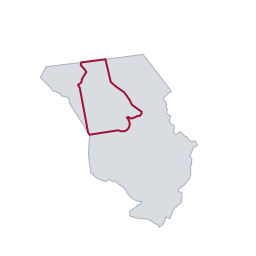 location of Borkou within Chad, rotated 323°
{"feature_id": "TCD-5577", "entity_name": "Borkou", "entity_type": "Préfecture", "adm_level": 1, "iso_a3": "TCD", "parent_name": "Chad", "parent_adm1": "", "projection": "robinson", "projection_center": [18.999, 18.69], "detail": "fine", "context": "in_parent", "style": "outline", "palette": "rose", "viewbox_px": 256, "rotation_deg": 323, "n_neighbors": 0, "source": "natural_earth", "source_scale": "10m", "svg_char_len": 4635}
<svg xmlns="http://www.w3.org/2000/svg" viewBox="0 0 256 256"><g transform="rotate(323 128 128)"><path d="M184.4,78.3L184.4,83.8L184.4,89.3L184.5,94.8L184.5,100.3L184.6,105.8L184.6,111.3L184.6,116.7L184.7,122.2L184.7,124.1L184.6,124.8L184.3,125.0L181.7,124.5L180.6,124.5L179.1,124.9L176.8,125.1L175.3,125.0L174.2,126.0L173.4,127.1L173.8,129.8L173.7,130.7L173.4,131.7L172.7,132.5L172.0,133.1L171.6,133.7L171.1,134.9L170.7,135.5L170.8,136.3L170.7,137.1L170.2,137.5L169.2,137.8L168.5,138.2L167.9,138.8L167.5,139.2L167.7,139.8L168.0,140.5L168.2,141.8L168.3,142.5L168.8,143.1L169.1,143.5L169.2,144.0L168.9,144.4L167.6,145.3L167.1,145.6L166.5,146.1L166.3,146.2L165.3,147.1L164.8,147.8L164.6,148.4L164.6,149.3L165.1,150.6L165.6,151.7L165.9,152.5L166.0,153.4L165.9,154.2L165.7,155.0L165.2,155.6L163.4,156.9L162.5,158.3L161.8,160.0L161.6,160.9L161.8,161.5L162.2,162.0L162.7,162.3L163.5,162.3L164.8,162.1L166.0,161.9L167.3,162.5L168.0,163.9L167.7,164.9L168.2,166.8L168.7,169.0L168.6,169.8L168.8,170.1L169.6,170.2L169.8,170.7L169.5,174.7L169.9,175.8L170.5,176.6L171.1,177.0L171.7,177.5L172.0,177.9L172.7,177.9L173.5,178.7L173.7,179.6L173.7,180.6L173.2,182.6L172.9,183.9L172.4,183.8L171.5,183.5L170.3,183.2L168.9,183.0L167.6,183.5L166.1,184.2L165.7,184.7L165.3,185.1L164.6,185.0L164.0,185.1L163.7,185.6L163.2,186.2L161.1,187.3L160.7,187.7L160.4,188.1L160.4,188.6L160.6,189.5L160.6,190.7L160.1,191.7L159.6,192.3L159.0,192.5L158.5,192.7L158.1,193.1L157.1,195.2L156.6,195.6L155.6,195.5L152.9,198.8L152.6,199.7L151.6,201.0L150.3,202.5L149.2,203.3L149.1,203.5L148.8,203.8L148.1,204.2L145.7,206.0L142.7,205.9L141.4,206.6L140.2,206.9L138.4,207.3L137.8,207.2L135.4,207.4L132.7,207.3L131.6,207.6L130.6,208.3L129.9,208.9L129.8,209.1L129.9,209.4L129.9,209.6L131.8,211.0L132.3,211.8L131.8,212.5L131.6,212.6L131.2,213.2L130.1,214.9L128.4,216.8L127.5,217.4L127.1,217.8L126.7,219.1L126.4,219.3L125.2,219.5L122.9,219.6L119.6,220.0L117.7,220.2L116.5,220.1L114.8,221.0L114.2,221.2L113.8,221.3L112.1,222.2L110.7,223.5L110.2,223.8L108.2,224.4L107.5,225.3L107.1,225.4L105.8,224.1L105.0,223.0L104.6,221.9L104.5,221.5L104.3,221.6L103.6,222.1L103.0,222.7L102.7,223.7L100.7,224.5L98.9,225.1L98.1,225.9L96.9,226.3L95.3,226.1L94.1,225.8L92.9,225.7L93.5,224.7L93.7,224.0L93.8,223.1L93.7,222.5L93.0,222.2L92.6,221.7L91.5,218.8L90.5,215.9L89.0,213.0L87.4,211.1L86.3,210.0L85.9,209.9L85.3,209.5L84.9,209.2L82.8,207.2L80.6,205.0L80.0,204.0L78.9,202.5L77.7,201.0L77.0,200.3L76.7,199.0L77.6,197.9L78.5,196.4L79.6,195.5L81.1,195.4L83.5,195.8L86.0,195.9L88.6,195.6L89.2,195.4L89.9,195.5L91.3,195.8L93.7,195.7L94.9,195.1L93.6,194.1L92.1,192.6L90.8,190.8L90.0,189.3L89.3,187.2L88.6,184.7L88.2,181.5L88.3,179.7L88.5,178.4L89.2,176.3L88.7,175.0L88.8,174.0L88.8,172.5L88.5,171.7L87.6,169.3L87.4,169.0L86.6,167.3L86.3,164.4L85.4,162.5L83.9,161.6L83.0,160.5L82.7,158.5L82.1,158.0L79.8,157.3L77.9,157.3L76.4,155.1L74.6,152.3L73.0,149.6L71.9,144.3L71.3,141.3L72.0,140.4L73.4,138.2L75.2,134.1L79.2,127.7L81.3,124.4L85.4,119.5L90.4,113.6L93.3,110.2L93.8,104.0L94.3,97.5L94.6,92.6L95.1,86.7L95.5,81.9L95.8,78.3L96.2,73.3L96.6,72.3L98.5,68.4L98.7,67.8L98.3,67.2L95.6,63.8L94.7,63.1L94.2,61.3L94.9,60.4L91.6,54.7L90.8,54.0L90.4,53.4L90.4,52.3L90.4,48.4L89.5,42.3L88.4,35.2L92.3,33.2L95.3,31.7L99.1,29.7L102.6,31.7L107.7,34.6L112.8,37.5L117.8,40.4L122.9,43.4L128.0,46.3L133.1,49.2L138.2,52.1L143.3,55.0L148.5,57.9L153.6,60.8L158.7,63.7L163.8,66.7L168.9,69.6L174.1,72.5L179.2,75.4L184.4,78.3Z" fill="#d9dde1" stroke="#a8b0b8" stroke-width="1"/><path d="M133.1,49.2L134.2,49.8L135.5,50.5L136.8,51.3L138.1,52.0L139.4,52.8L140.8,53.5L142.1,54.3L143.4,55.0L144.7,55.8L146.0,56.5L147.3,57.3L148.7,58.0L150.0,58.8L151.3,59.5L141.9,81.0L143.5,88.3L146.4,97.1L146.4,101.4L146.1,106.8L145.1,112.0L147.8,120.5L148.7,123.3L147.1,124.9L146.1,125.0L145.7,125.3L145.1,125.4L144.9,125.4L143.8,124.8L143.3,124.4L143.1,124.3L142.7,124.1L141.9,124.0L140.4,123.8L139.8,123.7L139.4,123.4L138.1,123.0L137.3,122.8L137.1,122.8L135.7,121.7L135.4,121.4L135.2,120.1L135.2,119.9L135.1,119.7L134.9,119.5L134.4,119.3L134.2,119.3L133.9,119.4L133.7,119.1L133.4,119.2L133.5,120.5L133.4,121.9L133.3,122.1L132.5,124.7L132.2,125.4L131.6,126.1L130.4,127.2L130.0,127.6L128.9,128.1L126.7,128.9L126.4,128.9L125.5,128.9L123.3,128.4L122.6,128.0L121.3,127.1L120.3,126.1L119.4,124.9L118.9,124.1L118.7,123.9L106.1,117.1L93.4,110.3L93.2,110.2L93.3,109.8L93.3,109.2L93.4,108.6L93.4,108.1L93.4,107.5L101.9,90.6L107.8,78.7L113.6,67.0L114.1,63.6L117.3,63.6L118.6,63.3L119.9,61.8L122.1,60.6L126.0,59.1L128.4,58.2L128.6,55.4L128.4,52.4L128.1,49.3L130.2,47.5L131.5,48.3L132.9,49.0L133.1,49.2Z" fill="none" stroke="#9f1239" stroke-width="2"/></g></svg>